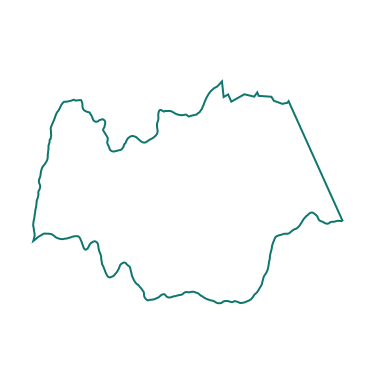 VII-2 Mazaruni/L.B.E.Rive, Cuyuni-Mazaruni, Guyana (Equal Earth projection), rotated 189°
{"feature_id": "73187651B61605631045653", "entity_name": "VII-2 Mazaruni/L.B.E.Rive", "entity_type": "district", "adm_level": 2, "iso_a3": "GUY", "parent_name": "Guyana", "parent_adm1": "Cuyuni-Mazaruni", "projection": "equal_earth", "projection_center": [-59.626, 5.924], "detail": "fine", "context": "isolated", "style": "outline", "palette": "teal", "viewbox_px": 384, "rotation_deg": 189, "n_neighbors": 0, "source": "geoboundaries", "source_scale": "gbopen_adm2", "svg_char_len": 6009}
<svg xmlns="http://www.w3.org/2000/svg" viewBox="0 0 384 384"><g transform="rotate(189 192 192)"><path d="M341.0,119.6L341.1,118.8L338.9,121.2L338.1,122.1L337.3,123.0L336.5,123.9L333.5,126.3L332.6,127.2L331.7,127.7L330.7,128.0L329.4,128.0L327.4,128.4L326.3,128.4L324.1,128.4L323.0,127.9L321.0,126.9L319.0,125.8L317.9,125.5L315.7,125.1L314.6,125.0L313.3,125.1L312.0,125.3L310.9,125.8L308.3,126.5L307.3,127.1L304.8,128.1L304.0,128.7L303.0,129.2L301.9,129.6L299.6,130.3L297.5,130.4L296.6,130.0L295.7,129.2L295.0,128.3L294.4,127.2L293.7,126.3L293.1,125.2L292.6,124.1L291.9,123.1L290.2,119.8L289.3,118.9L288.1,118.3L286.4,119.6L285.4,122.1L285.1,123.4L283.9,125.8L282.7,126.7L282.0,127.4L280.8,128.0L279.6,128.1L278.5,127.6L277.7,127.0L276.8,126.0L275.9,123.4L275.7,122.2L275.1,121.0L274.6,119.5L273.6,117.8L272.7,116.3L272.1,115.1L271.6,113.9L271.1,111.1L270.5,109.9L269.6,106.8L268.9,105.8L268.1,104.7L266.8,102.6L264.6,98.8L263.8,97.6L263.0,96.5L261.9,95.3L261.0,94.9L260.1,94.7L259.0,95.1L256.9,96.4L256.1,97.1L254.9,99.2L254.1,100.3L253.5,101.6L252.5,104.3L252.1,105.6L251.6,108.4L250.9,109.6L250.1,110.4L249.3,111.0L248.4,111.6L247.4,111.8L246.5,111.6L245.6,110.7L243.7,109.4L242.6,108.9L241.7,108.3L240.9,106.6L240.4,105.4L239.9,103.9L239.3,102.9L238.9,101.7L238.3,100.1L236.5,97.2L235.9,96.3L234.9,95.0L232.9,93.0L232.0,92.3L230.8,92.0L230.0,91.4L228.1,89.6L227.1,88.9L225.5,87.1L224.5,86.2L223.8,85.2L223.1,82.1L222.6,81.0L221.9,80.1L220.9,79.1L219.9,78.5L218.9,78.1L217.9,78.3L216.9,78.9L214.6,79.4L212.4,80.2L208.7,82.6L207.7,83.6L206.9,84.7L206.2,85.5L205.0,86.2L203.9,86.7L202.9,86.6L201.0,85.0L200.2,84.5L199.1,84.2L198.0,84.2L195.6,85.0L194.6,85.6L193.7,86.2L192.4,86.4L190.1,87.6L189.2,87.8L188.3,88.4L187.3,88.5L186.1,89.0L185.1,89.9L184.3,90.9L183.3,91.8L182.2,92.3L181.0,92.4L179.8,92.4L178.9,92.4L177.9,93.0L175.8,93.6L174.9,93.7L173.7,93.6L172.5,93.2L171.2,93.2L170.0,92.8L166.9,91.0L165.1,90.4L164.0,89.7L160.7,88.6L159.6,88.3L158.6,88.3L157.4,88.0L156.3,87.9L155.2,87.9L153.7,87.7L152.7,87.4L151.3,86.7L149.1,86.2L146.6,86.6L145.6,87.0L143.8,88.9L142.5,89.4L141.3,89.7L139.6,89.9L136.5,89.5L135.4,89.4L134.3,89.9L133.2,90.7L132.3,90.9L129.6,90.6L128.5,90.3L127.2,89.9L125.1,90.3L122.4,91.4L121.0,92.4L119.8,93.0L118.9,93.6L117.9,94.5L117.0,95.1L115.1,98.4L114.5,100.0L113.7,101.1L112.5,102.5L111.9,103.4L110.5,106.6L110.1,107.9L108.9,110.7L108.6,112.2L108.1,118.1L107.6,120.4L106.4,122.9L105.8,124.4L105.4,126.1L105.0,127.8L104.9,131.8L105.0,135.1L104.7,138.0L104.9,139.5L105.0,141.5L104.9,143.1L104.8,145.0L104.6,146.8L104.4,148.8L104.5,150.9L104.3,152.8L104.0,154.4L103.7,155.9L103.4,157.1L103.1,158.5L102.7,159.9L102.2,161.0L100.2,162.3L99.0,163.0L97.7,163.5L94.5,165.1L93.1,165.5L91.8,165.5L90.8,165.9L89.6,166.4L87.0,169.4L85.7,170.6L84.7,171.4L83.6,171.9L82.6,172.7L81.5,174.0L80.5,175.6L78.9,179.2L77.6,182.5L75.5,185.9L74.5,186.9L73.5,188.1L72.8,189.1L72.0,189.9L71.1,190.3L70.1,190.5L69.1,190.4L67.1,189.4L65.0,188.1L64.1,187.0L63.4,186.0L62.6,184.7L61.9,184.0L60.8,183.5L57.8,182.9L56.4,182.2L54.4,181.8L53.0,181.9L51.9,182.5L51.0,183.5L50.0,184.2L48.9,184.5L46.6,185.0L43.6,186.4L39.7,186.7L39.4,187.0L39.0,187.4L110.8,296.8L111.7,295.0L116.6,293.2L125.4,294.9L128.5,298.5L141.2,297.4L143.1,300.6L145.4,295.9L155.6,296.7L167.3,287.4L171.6,294.0L175.6,290.7L179.7,305.9L181.4,303.3L183.0,301.0L183.7,300.1L186.2,298.2L187.1,297.1L188.0,296.1L189.7,293.8L191.0,291.1L192.1,288.3L192.6,286.8L192.9,285.3L193.4,284.1L194.2,279.7L194.7,278.3L194.9,277.1L195.3,275.4L196.2,273.9L196.8,272.3L197.7,271.4L198.7,270.5L199.5,269.3L201.1,268.7L202.6,268.0L203.6,267.7L204.9,267.1L206.1,266.3L207.2,266.1L208.6,266.9L209.7,267.4L210.7,267.4L213.3,266.4L214.8,266.2L216.0,266.1L218.4,266.3L219.5,266.5L220.6,266.8L223.9,268.1L225.6,268.6L226.7,268.6L230.2,267.9L231.3,267.9L232.3,267.0L233.6,267.4L235.0,268.1L236.0,268.1L236.4,268.0L237.3,266.7L237.4,265.4L237.5,263.8L237.3,262.4L237.0,261.0L236.7,259.4L236.6,257.8L237.1,255.1L237.2,253.7L236.8,251.1L235.9,248.3L235.4,246.4L235.5,244.7L235.9,243.5L236.6,242.1L237.3,241.2L239.2,239.1L241.9,237.1L243.8,235.4L244.6,234.5L245.7,233.7L246.9,233.3L248.1,233.3L249.1,233.5L250.6,234.2L254.3,236.5L255.5,237.4L257.7,237.9L258.9,238.1L260.0,237.9L261.1,237.4L262.0,236.8L263.7,235.0L264.2,233.8L264.7,232.6L265.5,229.5L266.3,228.7L266.6,227.2L266.7,225.9L268.1,223.3L268.9,222.5L274.0,220.4L275.2,219.8L276.6,219.7L277.5,219.8L278.5,220.2L279.6,220.9L280.3,221.9L280.7,223.0L281.5,224.2L282.4,225.4L283.2,226.8L283.6,227.9L283.4,229.3L283.5,230.8L283.7,232.4L284.4,233.1L285.2,234.2L286.0,235.0L286.9,236.2L289.1,238.6L289.6,239.7L289.2,241.1L288.6,242.6L288.6,244.6L288.4,246.3L288.8,247.9L289.5,248.8L290.4,249.5L291.5,249.9L292.5,249.6L294.9,248.3L295.7,247.2L296.7,246.7L297.9,246.3L299.0,246.5L300.1,247.1L301.1,248.0L302.4,250.5L303.5,252.0L305.0,253.8L305.8,254.6L307.8,254.7L309.7,255.2L311.0,255.7L311.9,256.3L312.6,257.2L313.2,258.2L313.6,259.5L314.1,262.1L314.8,263.8L316.0,265.4L317.4,265.2L318.5,264.8L319.7,264.6L320.8,264.2L321.7,264.1L322.6,264.6L323.6,264.5L324.7,263.8L325.8,263.2L329.0,261.9L329.9,261.6L331.0,261.4L331.9,261.3L332.9,260.7L333.6,259.7L334.7,257.6L335.8,253.7L336.5,251.9L337.6,249.8L338.2,248.3L338.6,246.6L339.0,244.8L339.1,243.6L339.5,241.8L341.4,234.3L341.5,232.8L341.3,231.5L340.8,230.1L340.4,227.5L339.9,225.8L340.0,223.8L339.9,222.5L340.7,221.5L340.5,218.5L341.0,215.1L340.6,213.3L340.3,206.9L340.2,205.5L339.9,203.8L339.9,202.5L340.0,201.1L340.5,199.4L341.7,196.6L343.7,193.0L344.0,191.7L344.4,188.5L344.3,186.8L344.3,183.9L344.5,182.4L344.9,180.9L345.0,179.6L344.8,177.9L344.2,176.7L343.4,175.4L342.8,174.1L342.8,172.0L343.2,170.0L343.7,168.8L343.8,167.6L343.4,166.3L343.3,165.1L343.3,163.5L343.4,162.2L343.8,160.5L344.0,158.7L343.9,157.3L343.7,155.5L343.7,152.5L343.9,148.7L343.7,146.9L343.8,145.1L343.7,141.7L343.8,139.9L343.9,137.9L343.7,134.4L343.3,133.1L342.7,131.6L342.4,130.5L342.0,129.0L341.2,126.9L340.7,125.0L340.6,123.6L341.0,119.6Z" fill="none" stroke="#0f766e" stroke-width="2"/></g></svg>